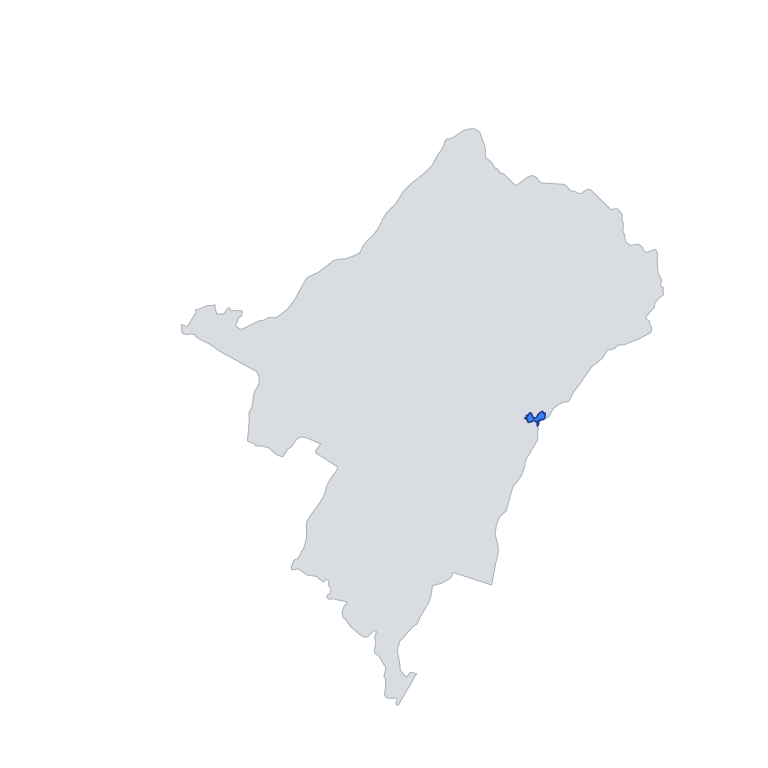 location of Kabare, Sud-Kivu, Democratic Republic of the Congo, rotated 30°
{"feature_id": "63176286B3160723083670", "entity_name": "Kabare", "entity_type": "district", "adm_level": 2, "iso_a3": "COD", "parent_name": "Democratic Republic of the Congo", "parent_adm1": "Sud-Kivu", "projection": "equal_earth", "projection_center": [28.728, -2.413], "detail": "fine", "context": "in_parent", "style": "filled", "palette": "blue", "viewbox_px": 768, "rotation_deg": 30, "n_neighbors": 0, "source": "geoboundaries", "source_scale": "gbopen_adm2", "svg_char_len": 6580}
<svg xmlns="http://www.w3.org/2000/svg" viewBox="0 0 768 768"><g transform="rotate(30 384 384)"><path d="M577.7,504.3L537.9,512.7L538.7,515.8L538.3,518.9L537.3,521.4L533.3,528.0L527.2,534.1L527.2,535.5L530.2,542.3L532.2,551.6L531.7,567.9L532.5,572.3L532.4,575.7L530.3,579.6L526.3,599.2L529.0,608.6L536.9,617.5L541.4,624.0L549.2,626.4L550.4,626.0L550.9,620.6L557.0,618.5L557.0,653.3L556.6,655.3L555.4,655.7L553.9,654.6L553.5,651.3L551.9,649.9L544.4,654.1L542.4,654.1L540.4,653.3L538.8,651.5L538.4,648.9L533.1,638.8L530.5,638.0L527.5,628.9L515.7,622.2L511.1,621.7L508.8,619.6L506.4,612.4L502.4,607.8L501.5,602.7L500.7,601.9L498.3,603.0L496.3,611.1L493.6,613.0L488.8,613.2L476.6,610.9L467.9,606.7L465.6,606.9L462.1,603.2L460.6,596.9L461.4,592.1L460.7,591.4L447.5,595.4L444.3,597.9L441.3,597.3L440.4,596.0L441.7,592.6L441.0,589.0L440.0,587.3L436.1,586.0L434.8,582.1L432.4,581.6L431.6,582.1L431.0,584.8L429.6,585.7L421.7,584.4L413.4,587.8L402.4,586.9L397.2,591.0L396.4,590.9L395.2,588.8L394.2,582.2L394.7,580.4L396.3,579.0L396.9,576.4L396.3,569.5L396.7,567.9L396.1,563.9L394.4,557.6L392.0,552.5L387.0,544.8L386.0,541.1L386.3,532.5L387.9,518.7L387.6,508.6L385.5,501.9L385.0,494.8L386.3,481.9L385.0,478.9L359.7,477.8L358.7,476.8L358.2,475.1L359.3,467.4L343.9,469.4L339.3,470.8L336.5,473.9L335.6,477.9L335.5,483.4L333.3,488.7L332.7,497.7L328.4,498.7L324.2,498.7L315.9,496.8L308.0,499.4L304.1,501.8L302.0,500.7L294.9,501.6L293.9,500.9L285.6,483.1L281.9,477.2L281.1,474.3L281.4,471.6L280.4,467.9L276.5,458.7L275.7,454.5L275.9,447.8L275.4,445.6L271.9,439.8L269.6,437.9L267.1,436.9L225.9,437.7L212.2,436.6L202.3,437.4L197.2,436.9L195.8,436.0L191.3,437.2L188.9,439.7L185.4,440.9L183.2,440.4L178.8,433.8L184.6,432.6L185.0,432.0L185.3,416.1L183.7,413.9L186.8,411.2L191.8,404.2L196.7,401.7L197.3,400.2L198.4,400.3L200.2,403.3L204.4,407.1L209.7,403.7L210.2,402.8L210.9,396.0L212.2,395.4L214.4,396.8L215.7,396.8L218.0,394.9L224.6,391.5L226.7,395.8L224.9,399.8L225.7,402.6L225.9,406.9L227.0,407.9L232.3,408.4L233.8,407.3L244.2,391.7L247.0,389.9L251.4,383.7L257.2,380.9L259.7,376.0L263.1,367.2L264.5,354.6L263.9,332.8L264.4,329.9L271.4,320.0L278.7,302.2L283.6,297.5L287.3,295.6L293.0,289.1L297.5,282.5L296.9,274.6L297.9,268.1L300.4,259.8L301.2,250.9L300.4,241.6L300.7,234.1L304.1,221.9L304.4,208.0L307.5,196.4L313.5,181.6L316.4,170.5L315.9,159.7L316.7,151.7L316.4,147.0L315.3,142.9L315.9,140.3L318.2,139.2L321.1,135.1L326.2,124.5L331.7,119.3L335.6,117.6L339.6,117.8L342.1,118.7L346.3,122.9L351.2,126.3L354.7,130.4L358.3,136.9L366.8,138.3L370.5,140.7L372.7,141.6L373.5,141.0L375.3,141.3L379.3,143.2L382.6,142.2L398.4,146.4L400.2,144.3L404.7,133.2L408.0,129.3L413.4,128.9L417.6,131.1L419.9,131.1L439.3,121.5L441.9,121.0L448.9,123.3L453.5,121.8L455.4,122.3L459.3,120.6L462.6,113.9L465.3,112.3L493.2,119.5L497.5,116.0L499.5,115.6L505.7,118.1L507.6,122.3L511.4,125.8L514.0,131.6L518.2,134.9L520.3,138.0L522.7,140.2L527.8,140.9L534.2,135.7L538.8,136.2L543.4,139.1L545.0,139.0L548.4,135.9L550.2,132.6L552.0,131.9L554.7,133.3L556.9,136.4L558.9,140.8L565.9,150.9L572.6,155.1L574.3,161.2L576.8,160.7L578.0,161.2L579.8,165.1L581.0,165.9L581.2,167.5L579.5,171.2L577.9,178.2L580.0,182.5L578.3,188.7L577.4,195.2L579.6,196.8L582.4,196.7L585.0,200.1L587.1,200.6L589.2,204.2L588.7,207.1L582.0,217.6L572.0,230.5L568.6,232.1L566.9,234.5L565.7,238.3L562.7,241.5L560.5,242.7L560.3,252.1L556.9,261.7L555.6,263.7L553.8,279.4L554.1,282.1L552.3,295.0L552.6,306.9L547.7,310.7L544.4,316.5L542.9,320.6L543.0,330.4L537.5,336.3L537.1,337.7L538.4,344.5L540.4,345.6L540.5,347.9L545.0,355.3L544.7,378.0L544.9,380.2L547.3,385.5L548.8,395.8L547.1,408.9L553.2,432.8L550.4,441.5L551.8,449.9L555.4,458.7L563.9,467.3L566.2,470.9L568.3,475.7L570.3,483.1L577.7,504.3Z" fill="#d9dde1" stroke="#a8b0b8" stroke-width="1"/><path d="M537.4,338.0L537.4,337.6L537.4,337.1L537.6,336.2L537.8,335.8L538.1,335.5L538.3,335.5L538.7,335.5L538.8,335.5L538.7,335.7L538.6,335.8L538.6,336.1L539.0,335.8L539.3,335.6L539.9,334.7L540.3,333.9L540.4,333.5L540.4,333.3L540.2,332.6L540.1,332.2L539.9,331.9L539.6,331.7L539.4,331.3L539.3,330.9L539.1,330.3L539.0,329.8L538.9,329.6L538.7,329.4L538.4,329.3L538.3,329.2L538.2,329.2L538.2,329.3L538.0,329.2L538.1,328.9L538.0,329.0L538.0,328.9L538.0,329.0L537.9,329.0L537.9,328.9L537.7,329.0L537.7,328.9L537.5,329.0L537.4,329.2L537.4,329.3L537.2,329.4L537.2,329.2L537.1,328.9L536.5,329.1L535.9,328.8L535.6,328.8L535.3,329.0L535.0,328.8L534.8,328.4L534.6,328.5L534.3,329.2L533.3,330.9L533.4,331.3L533.3,331.7L533.1,332.3L532.6,333.1L532.5,333.3L532.6,333.7L532.8,334.1L532.7,335.0L532.9,335.4L533.0,335.6L532.9,336.2L532.7,336.9L531.4,338.4L530.9,338.8L530.9,338.7L530.8,338.1L530.5,338.2L530.2,338.2L529.5,337.9L529.4,337.9L528.7,337.4L528.3,337.3L527.9,337.3L527.1,336.7L527.1,336.1L526.7,336.0L525.8,335.8L525.3,335.6L524.9,336.0L524.6,336.3L524.3,337.0L524.4,337.4L524.5,338.0L524.4,338.3L524.5,338.7L524.5,339.2L524.5,339.7L524.2,339.8L523.9,339.8L523.7,339.4L523.1,339.6L523.0,339.9L523.2,340.2L523.6,340.5L523.9,340.7L523.9,340.8L523.9,341.1L524.0,341.4L524.2,341.5L524.1,341.9L523.9,342.2L523.6,342.2L523.0,343.2L523.0,343.3L523.3,343.3L523.3,343.2L523.4,343.3L523.5,343.3L523.5,343.2L523.8,343.1L524.0,342.9L524.2,342.7L524.3,342.7L524.3,342.8L524.5,342.7L524.7,342.4L524.8,342.4L524.9,342.5L525.0,342.6L525.2,342.8L525.3,342.8L525.3,343.0L525.4,342.9L525.7,342.8L525.8,343.0L526.0,343.2L526.0,343.3L526.2,343.5L526.3,343.6L526.5,343.7L526.5,343.9L526.6,344.0L526.8,344.2L526.9,344.3L527.0,344.4L527.1,344.6L527.3,344.8L527.7,345.0L528.1,345.0L528.5,345.0L528.6,344.8L528.9,344.4L529.1,344.1L529.5,343.8L530.3,343.4L530.6,343.0L530.8,342.6L531.1,342.0L531.2,341.6L531.6,341.0L531.9,340.7L532.2,340.6L532.5,340.6L533.2,340.7L533.5,340.7L533.8,340.6L534.2,340.5L534.3,340.5L534.5,340.5L534.8,340.6L534.9,340.9L535.0,341.0L535.3,341.0L535.5,341.1L536.0,341.3L536.3,341.4L536.6,341.6L536.8,341.9L536.8,342.1L536.9,342.4L537.0,342.7L537.2,343.0L537.3,343.2L537.5,343.4L537.7,343.6L537.8,343.6L538.0,343.6L538.1,343.4L538.0,343.2L538.1,342.9L537.9,342.7L538.0,342.7L537.9,342.7L538.0,342.7L538.0,342.4L538.0,342.2L537.9,342.2L537.9,341.9L538.0,341.9L538.0,341.7L537.9,341.6L537.9,341.4L537.9,341.2L537.8,340.9L537.7,340.9L537.4,340.9L537.1,341.0L537.1,340.9L536.9,340.8L536.7,340.3L536.6,340.2L536.4,340.2L536.3,339.9L536.2,340.0L536.2,339.9L535.9,339.8L535.8,339.7L535.7,339.7L535.7,339.4L535.9,339.0L535.9,338.6L535.9,338.4L536.0,338.3L536.3,338.3L536.4,338.2L536.4,338.3L536.4,338.2L536.5,338.2L536.8,338.0L536.9,337.9L537.1,337.9L537.3,337.9L537.4,338.0Z" fill="#3b82f6" stroke="#1e3a8a" stroke-width="1.5"/></g></svg>